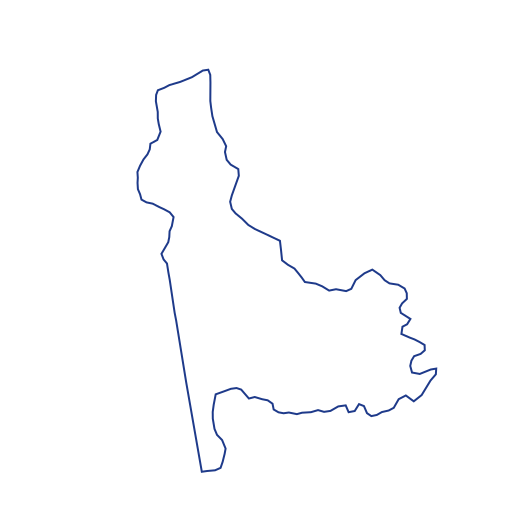 outline of Benevides, Pará, Brazil, rotated 159°
{"feature_id": "56859067B32539617912041", "entity_name": "Benevides", "entity_type": "district", "adm_level": 2, "iso_a3": "BRA", "parent_name": "Brazil", "parent_adm1": "Pará", "projection": "mercator", "projection_center": [-48.283, -1.361], "detail": "fine", "context": "isolated", "style": "outline", "palette": "blue", "viewbox_px": 512, "rotation_deg": 159, "n_neighbors": 0, "source": "geoboundaries", "source_scale": "gbopen_adm2", "svg_char_len": 2071}
<svg xmlns="http://www.w3.org/2000/svg" viewBox="0 0 512 512"><g transform="rotate(159 256 256)"><path d="M152.3,201.6L160.9,201.0L171.6,197.8L178.8,191.2L184.4,190.9L193.2,196.3L200.1,197.5L205.1,204.0L210.1,208.8L219.7,214.2L221.0,219.3L222.5,224.2L224.6,230.5L229.3,236.3L233.2,242.6L230.4,253.0L228.2,261.6L240.8,274.8L247.3,281.5L252.1,287.8L255.7,295.9L259.8,303.1L261.7,308.6L260.7,315.9L256.8,321.3L248.3,331.2L243.3,337.0L241.4,343.5L246.9,350.4L248.9,356.3L247.7,364.2L244.5,369.2L245.2,377.1L248.0,385.7L246.6,402.2L244.7,410.8L243.1,417.1L236.4,434.2L233.8,441.5L233.8,447.0L239.2,448.2L251.7,445.9L264.3,445.7L275.6,446.6L281.4,445.9L288.2,445.9L291.5,442.2L294.0,436.4L296.1,425.7L298.4,419.6L299.5,414.1L300.5,406.3L306.6,399.7L314.3,398.7L317.0,393.6L320.9,389.8L326.4,386.5L331.9,381.8L336.6,376.9L338.3,371.4L340.4,366.7L342.3,360.7L342.1,355.2L342.7,349.7L339.0,345.3L333.7,341.9L328.9,336.5L325.1,332.6L320.9,327.7L319.0,321.9L323.9,314.0L327.8,310.1L330.2,304.7L333.0,300.3L343.5,291.9L343.5,285.9L341.8,280.9L343.7,272.0L345.1,264.6L350.4,240.7L352.3,232.1L353.7,224.2L366.4,163.3L383.9,74.0L378.7,72.8L371.0,70.6L365.0,70.9L360.9,75.8L356.2,82.5L353.4,87.1L353.6,96.3L356.5,103.0L356.7,109.5L354.6,119.7L352.3,125.9L348.8,132.3L343.2,141.3L334.4,141.1L327.0,141.0L321.5,139.7L317.7,136.6L313.7,125.5L307.7,124.8L301.6,120.1L296.8,117.1L293.5,112.2L294.5,106.4L291.0,102.0L286.6,99.3L281.4,98.1L274.5,93.7L269.2,93.2L260.7,90.5L253.3,89.9L248.3,86.1L242.0,84.7L233.1,86.1L225.8,84.4L225.5,77.0L219.4,75.9L212.9,80.8L209.0,77.2L208.7,69.5L205.7,65.2L200.2,64.3L194.4,65.2L187.5,64.2L181.8,64.9L174.1,71.2L166.1,72.1L160.8,63.8L151.2,66.8L137.7,77.2L130.5,81.1L128.1,86.3L133.5,87.4L145.4,87.2L152.1,91.3L151.4,98.1L148.4,102.6L144.3,105.8L137.4,105.6L132.2,107.5L130.5,112.5L134.4,117.4L137.9,121.3L141.8,124.8L148.2,131.1L144.6,137.5L139.4,138.1L134.4,141.9L141.2,151.0L140.5,156.2L136.6,159.4L130.5,161.9L128.6,167.2L128.9,172.4L133.5,178.2L141.2,182.6L144.6,187.3L146.8,193.6L152.3,201.6Z" fill="none" stroke="#1e3a8a" stroke-width="2"/></g></svg>